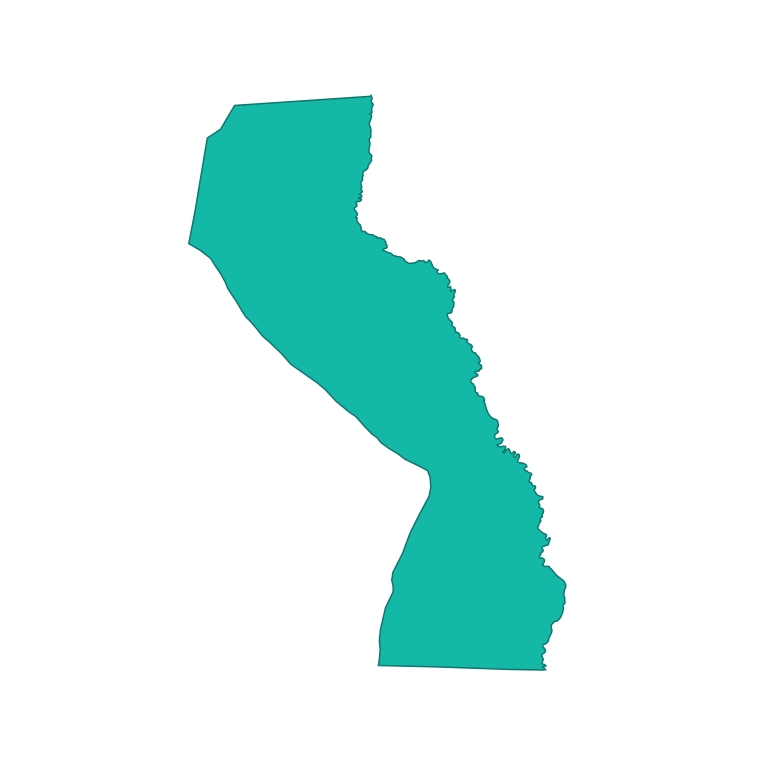 the district of Haraze-Mangueigne, Salamat, Chad, rotated 291°
{"feature_id": "50815135B51440340925469", "entity_name": "Haraze-Mangueigne", "entity_type": "district", "adm_level": 2, "iso_a3": "TCD", "parent_name": "Chad", "parent_adm1": "Salamat", "projection": "mercator", "projection_center": [21.205, 10.401], "detail": "fine", "context": "isolated", "style": "filled", "palette": "teal", "viewbox_px": 768, "rotation_deg": 291, "n_neighbors": 0, "source": "geoboundaries", "source_scale": "gbopen_adm2", "svg_char_len": 6171}
<svg xmlns="http://www.w3.org/2000/svg" viewBox="0 0 768 768"><g transform="rotate(291 384 384)"><path d="M175.2,637.1L177.0,633.6L178.8,636.2L179.2,635.8L179.6,634.5L179.5,632.1L179.8,631.7L180.9,631.4L183.1,631.5L184.3,631.3L186.4,628.9L187.5,628.5L188.5,628.7L191.1,630.5L193.0,630.3L194.3,629.2L195.3,627.1L196.8,625.8L197.5,625.8L198.2,626.4L199.1,627.9L199.9,628.5L202.4,629.4L204.0,629.4L205.6,628.9L206.6,629.2L211.8,629.5L214.0,629.2L217.1,626.9L219.7,626.7L221.3,627.6L223.0,627.9L224.8,630.5L227.6,632.0L229.7,632.5L235.4,632.6L239.4,631.8L240.8,630.5L241.8,630.3L243.6,631.4L244.9,631.3L249.6,629.0L251.5,627.4L252.5,627.0L255.8,626.4L260.4,626.3L262.2,625.2L264.5,622.5L267.3,613.3L269.6,609.4L272.6,603.4L272.5,602.2L271.3,599.5L271.3,598.7L272.2,597.1L272.1,596.7L274.5,597.4L276.4,597.2L277.5,596.6L278.1,595.5L278.2,594.3L277.7,591.9L278.4,590.9L279.6,590.8L280.7,591.6L281.2,591.5L282.2,590.8L284.5,592.3L285.8,592.2L286.6,591.6L287.4,590.0L288.4,589.8L289.0,590.2L289.8,591.7L290.9,592.3L292.0,594.2L292.9,594.9L299.3,594.6L299.8,593.6L299.2,593.0L297.5,592.5L296.5,591.3L297.0,590.5L297.8,590.1L299.9,590.3L301.1,589.9L301.6,589.0L302.0,585.0L304.0,579.6L304.8,579.0L309.6,578.9L312.2,579.6L313.6,578.2L314.8,578.3L316.7,579.3L317.5,579.2L318.9,578.3L319.7,578.3L320.3,578.8L322.7,578.5L324.1,577.2L324.5,575.9L323.9,573.9L324.1,573.2L326.5,573.0L328.9,570.6L329.9,570.3L331.0,570.4L333.6,573.3L335.5,572.8L335.5,570.8L335.0,568.8L335.4,566.5L337.8,563.2L338.8,562.3L339.7,562.1L340.8,562.7L342.2,562.4L342.9,561.8L342.5,559.5L343.4,557.9L344.5,557.1L344.8,556.4L344.3,555.4L344.5,554.9L345.0,554.4L348.4,554.3L349.2,553.9L350.6,553.8L352.3,554.4L353.0,553.8L353.5,552.9L353.0,551.5L353.0,550.6L354.0,548.9L354.0,546.9L354.6,545.6L355.3,545.3L356.3,545.6L357.8,547.0L359.2,546.2L359.7,544.6L359.9,542.5L358.9,537.3L359.2,536.8L359.7,536.3L361.0,536.2L364.3,536.6L366.1,535.9L366.7,534.8L366.0,533.3L363.1,533.0L362.4,532.5L362.2,531.7L362.8,530.8L363.7,530.7L365.1,531.3L366.3,531.4L367.2,531.1L367.7,530.2L367.2,529.3L365.7,528.8L364.8,528.1L364.9,527.3L367.5,524.7L368.2,523.5L367.3,522.4L366.1,521.7L363.5,521.5L362.6,521.0L362.3,520.1L362.6,519.5L363.1,519.4L364.8,520.3L368.8,520.2L369.3,519.5L368.6,517.5L367.1,515.3L366.8,513.8L367.5,511.5L370.4,514.4L372.4,515.0L374.3,515.1L375.4,514.4L375.8,513.3L375.7,512.6L373.2,509.2L373.0,508.0L373.3,507.1L374.2,506.2L375.9,505.7L377.8,506.5L379.5,507.7L380.5,507.9L382.6,505.4L383.5,505.3L384.7,505.8L386.1,505.7L389.0,504.1L390.5,502.8L391.0,500.9L390.7,498.9L390.9,497.6L391.8,495.0L393.8,491.9L397.5,488.4L402.3,484.9L403.5,483.4L404.7,483.8L406.4,482.7L407.2,481.6L407.5,480.1L406.8,476.7L407.2,475.9L408.9,474.9L409.2,473.9L409.0,472.6L409.5,471.9L413.1,470.6L414.7,469.1L414.8,468.4L416.1,467.3L416.4,465.1L416.9,464.3L418.6,463.7L422.4,465.2L423.4,466.9L424.3,467.2L424.7,468.0L425.3,468.6L426.1,468.4L426.6,467.6L427.5,464.4L429.0,465.3L429.7,467.8L430.4,468.1L431.5,467.9L432.7,469.2L433.5,469.5L434.8,469.1L436.2,468.2L437.1,465.3L437.6,464.6L438.9,465.5L439.7,465.6L440.5,465.3L442.0,464.0L443.6,462.2L444.1,459.9L445.2,459.2L445.7,458.3L445.5,455.8L446.3,454.5L447.9,453.1L448.7,452.7L450.5,453.3L450.9,453.0L451.2,451.9L452.0,450.9L452.0,448.2L452.7,446.8L453.4,446.3L455.0,446.3L455.3,445.6L454.9,443.1L455.3,441.7L454.1,439.4L454.4,438.4L455.4,437.8L456.7,437.5L458.0,436.0L458.5,434.5L458.4,433.6L457.8,432.9L460.3,430.7L461.6,430.5L462.2,429.3L462.7,426.2L464.8,426.1L465.9,425.6L468.3,420.6L470.9,418.4L472.3,418.2L473.0,418.7L474.2,420.9L475.6,421.6L479.0,420.7L480.1,420.8L480.9,421.4L485.1,420.1L487.3,417.5L488.4,417.6L489.3,418.3L490.0,418.4L490.8,418.4L492.5,417.0L496.1,417.5L496.9,417.1L497.5,416.3L496.1,414.3L495.1,414.0L494.6,413.3L495.2,412.6L497.4,412.2L498.8,411.1L497.5,409.8L497.3,409.2L497.6,408.5L498.7,408.3L501.0,408.9L503.2,408.8L504.0,408.3L505.8,405.1L506.8,404.6L507.5,403.9L507.9,402.6L508.7,401.8L509.3,400.3L507.8,398.4L506.6,395.9L506.5,395.1L507.5,393.2L509.9,393.7L509.8,391.2L510.3,388.4L514.8,384.0L515.7,382.5L515.6,381.3L513.2,380.9L512.4,379.6L513.3,377.3L513.3,376.3L511.9,374.6L512.2,373.5L511.8,372.4L508.4,369.7L505.9,365.2L505.5,363.9L506.2,359.8L507.8,357.8L508.4,354.9L508.4,353.5L507.7,350.5L507.3,346.5L508.5,343.7L508.2,340.3L508.5,335.5L509.0,335.1L509.9,335.1L511.4,337.1L512.2,337.7L513.3,337.8L514.5,336.9L515.6,335.5L517.5,334.5L517.8,333.4L519.0,332.5L518.8,330.9L519.1,327.6L518.0,325.9L518.0,325.3L518.7,324.9L518.9,324.0L518.6,322.2L519.3,320.3L518.2,316.4L518.5,314.3L519.5,311.6L518.9,309.5L519.0,308.1L519.5,307.5L521.7,306.7L523.1,305.3L523.9,305.1L524.9,302.3L527.4,299.4L529.2,299.7L529.7,297.8L532.0,298.4L533.7,298.0L536.6,293.5L537.9,293.4L540.2,294.9L541.1,294.8L541.9,294.3L542.7,293.0L544.3,293.1L545.5,295.4L546.8,296.7L548.0,296.9L548.5,296.3L548.2,293.6L548.8,293.7L549.7,295.4L550.4,296.0L551.8,295.8L552.4,295.4L552.2,293.2L553.8,293.8L555.3,294.8L556.1,294.7L557.4,292.7L559.7,292.8L562.6,290.6L563.4,290.3L565.0,290.4L566.3,290.9L567.4,290.7L568.7,289.7L570.9,289.9L573.6,288.5L575.0,288.6L578.3,291.0L579.5,291.4L580.8,291.4L581.7,290.9L588.4,292.3L589.7,291.4L592.8,290.8L594.3,287.6L596.8,286.0L601.9,285.2L604.5,284.2L606.3,282.7L607.4,282.5L610.1,283.2L613.3,281.7L614.8,281.5L616.4,280.7L619.2,279.0L621.2,277.1L621.8,276.8L627.4,276.7L630.1,276.3L631.3,274.1L632.8,275.6L636.3,273.9L638.4,273.7L640.5,273.9L641.7,273.2L642.2,271.8L644.0,270.4L646.6,270.6L648.8,268.5L647.6,268.0L590.5,144.7L563.3,140.1L550.3,130.9L475.4,146.1L445.1,151.4L443.0,164.4L439.1,177.3L433.7,184.3L428.8,191.5L422.6,198.9L416.9,204.3L407.8,217.1L400.6,226.1L397.0,231.2L394.7,236.6L390.2,245.0L385.1,253.7L382.1,262.0L375.5,277.8L369.0,290.0L361.2,321.3L357.8,331.1L350.7,345.5L345.5,361.0L343.4,369.7L337.2,381.5L332.9,390.9L331.5,396.6L328.1,402.3L325.4,412.8L323.9,421.7L321.3,430.6L320.1,444.9L318.8,455.7L313.7,460.3L304.5,464.7L295.5,466.3L276.1,463.9L257.4,462.0L251.3,461.8L232.1,462.0L211.5,459.8L203.7,461.5L198.3,465.1L193.1,467.0L175.5,465.6L153.5,468.7L143.1,471.5L134.0,475.9L125.3,478.3L119.2,479.7L137.9,532.0L162.7,604.0L174.0,635.0L175.2,637.1Z" fill="#14b8a6" stroke="#0f766e" stroke-width="1.5"/></g></svg>